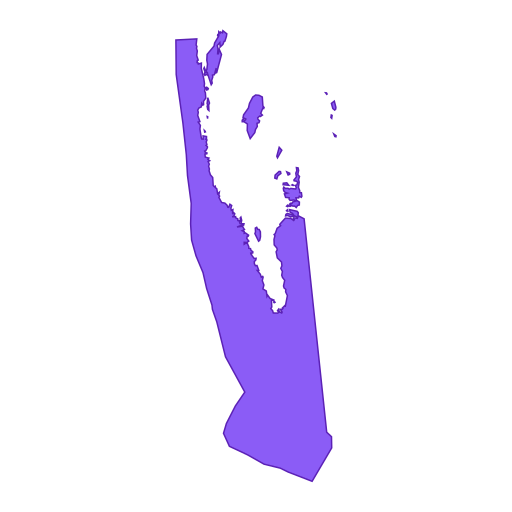 outline of Teluk Wondama, Papua Barat, Indonesia
{"feature_id": "22746128B47515282892276", "entity_name": "Teluk Wondama", "entity_type": "district", "adm_level": 2, "iso_a3": "IDN", "parent_name": "Indonesia", "parent_adm1": "Papua Barat", "projection": "natural_earth1", "projection_center": [134.34, -2.638], "detail": "fine", "context": "isolated", "style": "filled", "palette": "violet", "viewbox_px": 512, "rotation_deg": 0, "n_neighbors": 0, "source": "geoboundaries", "source_scale": "gbopen_adm2", "svg_char_len": 6052}
<svg xmlns="http://www.w3.org/2000/svg" viewBox="0 0 512 512"><path d="M312.1,481.3L331.7,447.9L331.5,436.7L326.7,432.2L304.1,218.8L298.0,215.6L298.3,212.7L297.2,211.3L289.5,209.6L290.2,212.2L292.4,213.3L293.9,215.3L287.4,213.4L285.9,214.4L285.6,215.9L287.7,215.5L290.5,216.8L295.0,216.1L297.8,217.2L297.4,218.4L293.8,217.8L293.1,218.9L294.3,219.7L293.7,220.5L290.9,218.5L285.4,218.1L280.1,223.9L279.8,224.7L280.6,225.7L277.1,228.3L275.2,233.7L274.1,234.5L274.9,235.8L274.0,239.4L274.2,244.9L276.9,248.1L277.2,249.9L276.1,251.8L277.3,257.9L281.5,262.0L281.9,265.8L280.8,268.4L282.4,271.5L281.7,275.2L282.5,277.5L284.7,280.3L283.5,286.0L284.1,288.0L285.8,289.4L285.6,291.8L287.4,295.6L285.2,306.9L284.8,305.6L282.4,308.0L282.9,308.6L282.1,309.4L280.3,309.3L282.1,312.1L281.7,313.0L279.6,311.9L277.6,313.1L273.3,313.0L272.6,310.6L270.8,308.6L271.8,307.0L271.4,300.7L271.8,299.8L272.9,300.4L273.5,299.9L270.1,298.5L267.6,295.1L267.0,296.3L266.3,291.0L262.9,288.9L263.9,285.0L262.3,280.7L263.1,277.1L262.7,276.4L261.3,277.2L260.3,274.2L257.2,270.4L258.8,270.4L257.0,265.5L255.4,265.7L254.4,263.8L254.3,261.6L255.8,260.0L256.1,258.3L254.2,258.5L251.4,254.8L251.6,254.1L250.8,253.8L250.7,253.1L252.8,252.8L252.8,251.7L251.0,250.4L250.5,248.6L248.8,248.3L248.8,246.6L247.4,243.5L245.7,243.2L244.2,244.2L244.2,242.3L247.0,242.5L248.8,241.1L246.8,238.5L247.2,236.2L248.1,236.3L248.6,235.2L245.4,232.9L244.2,233.3L244.3,231.7L242.2,230.7L244.5,229.6L242.4,226.3L237.0,227.0L243.0,224.7L243.6,225.2L244.0,223.8L240.0,223.6L239.1,220.7L237.8,220.5L237.8,218.9L235.6,217.7L235.6,216.6L232.2,216.8L233.8,216.1L234.8,213.8L233.7,212.6L232.9,213.6L232.5,213.1L232.9,209.6L231.3,210.4L230.9,208.1L231.7,205.5L229.9,204.2L228.7,207.3L227.9,207.3L227.0,205.1L224.9,203.1L221.6,202.5L218.9,197.4L219.6,196.1L218.8,195.2L219.3,192.3L217.6,193.8L216.8,188.8L215.6,187.8L215.2,186.2L214.5,186.8L213.2,185.5L212.7,177.5L210.4,174.8L209.1,170.8L209.4,169.0L208.6,166.2L209.3,164.2L208.1,161.5L209.7,160.7L207.9,159.4L208.9,158.1L205.3,157.1L204.9,154.1L206.8,153.8L207.0,153.0L205.4,152.5L204.7,151.1L205.8,150.7L207.4,147.7L207.4,146.6L206.0,145.4L206.9,144.6L206.2,142.0L207.0,140.0L205.8,139.2L206.5,138.6L206.5,136.5L203.1,135.9L203.2,139.1L201.8,139.1L201.4,138.3L199.9,129.0L200.4,125.4L198.2,122.1L199.9,121.6L197.7,115.4L198.3,112.3L197.7,110.1L198.9,108.0L201.3,106.9L201.7,103.4L202.8,105.1L203.6,104.7L203.5,101.3L205.8,98.1L205.4,92.7L204.6,91.1L205.0,88.6L206.4,88.8L206.7,90.0L207.9,89.6L208.3,88.5L206.7,87.2L205.0,87.9L204.2,86.2L204.5,83.6L203.8,78.9L201.3,68.4L201.4,63.1L198.3,64.0L198.1,62.9L197.1,62.6L197.3,60.5L198.2,60.1L196.7,55.6L197.3,51.0L196.5,48.3L196.9,46.4L196.1,45.0L196.8,38.9L175.9,40.0L176.2,74.5L182.9,123.0L186.3,154.6L187.5,175.6L191.2,203.4L190.6,223.9L191.6,240.1L196.0,255.8L203.0,272.6L206.6,288.4L212.0,305.2L212.4,309.3L216.8,321.9L225.5,356.8L244.8,392.1L235.4,405.9L226.4,423.5L223.5,433.3L229.4,446.3L247.5,454.8L264.1,464.2L280.1,468.1L288.3,472.1L312.1,481.3ZM264.1,107.5L262.9,105.9L262.3,97.0L259.0,95.3L255.6,95.0L252.8,97.0L249.5,103.3L248.4,108.0L243.6,114.8L243.0,117.7L245.8,118.9L245.7,119.6L244.6,120.6L243.1,119.2L242.2,120.2L242.2,121.7L244.0,121.7L247.4,124.0L247.2,130.5L250.2,138.6L254.8,132.6L255.5,129.5L257.3,126.5L257.0,123.3L259.0,122.7L259.6,120.9L257.9,119.2L257.7,117.8L259.6,116.1L260.4,116.5L262.4,115.1L260.7,113.4L262.9,107.9L263.7,108.5L264.1,107.5ZM226.8,33.8L222.9,30.7L222.5,32.8L220.6,32.0L220.2,33.0L218.8,31.7L218.8,35.8L214.6,43.0L214.0,46.1L207.1,54.4L206.8,60.2L207.5,64.0L206.8,69.7L205.9,71.1L207.0,72.3L204.7,72.8L204.3,74.1L204.9,75.4L206.3,74.4L207.1,74.9L207.6,73.8L211.2,84.7L212.2,83.1L211.7,80.4L212.8,76.9L212.5,75.1L214.4,74.7L216.2,68.0L215.5,72.1L215.7,73.0L216.7,72.6L221.5,54.5L219.3,49.5L218.4,53.8L217.6,53.8L218.0,48.9L217.3,45.5L219.8,42.6L220.2,47.0L222.9,44.4L224.1,41.4L224.9,41.2L226.4,36.5L226.8,33.8ZM298.4,187.4L299.2,182.2L298.6,179.5L299.5,176.5L297.8,174.5L298.6,170.4L298.1,167.9L296.4,167.6L296.8,170.6L295.8,173.2L296.4,176.9L293.9,180.0L294.1,180.8L296.8,181.3L297.6,182.5L296.9,184.9L295.3,185.4L296.3,187.6L295.7,189.0L290.8,188.4L289.2,189.1L288.0,188.3L285.3,188.4L283.8,187.1L283.3,188.3L283.7,190.8L285.2,192.5L287.3,193.1L284.4,193.9L285.6,197.4L289.2,197.8L289.1,199.2L290.1,200.4L293.9,200.0L296.1,201.0L292.7,202.0L292.0,203.3L290.4,203.3L289.6,204.2L292.8,206.1L294.7,206.1L296.2,207.5L297.6,205.4L299.3,205.0L299.4,202.1L296.5,200.2L296.0,197.8L298.7,197.9L299.3,196.2L301.3,197.3L301.9,196.2L301.4,192.7L299.7,192.6L299.7,190.5L298.4,187.4ZM257.7,229.3L256.7,227.3L255.3,228.1L255.5,231.9L254.9,233.6L258.6,241.2L259.7,240.3L260.5,236.8L260.4,231.8L259.2,229.5L257.7,229.3ZM334.7,110.1L335.7,109.1L335.9,107.3L334.3,101.1L331.4,103.4L332.8,108.5L334.7,110.1ZM276.8,178.9L277.8,175.8L280.9,173.5L280.5,171.6L279.1,171.4L275.1,175.1L274.8,178.1L276.8,178.9ZM277.5,157.8L281.8,150.2L279.2,147.3L276.8,156.2L277.5,157.8ZM209.5,103.1L207.8,97.7L207.1,103.5L207.8,105.4L207.1,106.1L207.7,109.4L208.9,110.5L208.7,104.9L209.5,103.1ZM286.8,182.8L283.3,183.2L283.1,184.7L288.8,185.3L286.8,182.8ZM288.1,175.0L289.7,174.3L289.7,173.2L286.8,171.9L288.1,175.0ZM241.3,222.2L241.7,220.4L240.9,217.1L240.2,217.9L240.5,220.9L241.3,222.2ZM331.7,118.3L332.1,115.4L331.3,115.0L330.9,117.5L331.7,118.3ZM335.9,136.8L336.1,135.7L333.8,134.0L334.8,136.5L335.9,136.8ZM204.7,71.1L205.2,69.8L204.3,67.5L203.8,68.6L204.7,71.1ZM279.2,311.1L278.5,309.3L277.5,310.7L278.5,311.8L279.2,311.1ZM287.6,205.1L286.6,206.2L287.7,206.7L288.8,205.9L287.6,205.1ZM287.9,211.1L287.4,209.8L286.5,210.7L287.0,211.1L287.9,211.1ZM327.1,94.0L326.5,92.9L325.6,92.8L326.7,94.3L327.1,94.0ZM218.1,36.2L218.2,34.5L217.8,34.5L217.6,35.6L218.1,36.2ZM275.0,302.3L274.2,301.2L273.7,302.1L274.2,302.7L275.0,302.3ZM205.4,131.9L205.2,131.3L204.4,130.5L204.7,132.1L205.4,131.9ZM207.6,118.6L207.7,116.7L207.2,116.5L207.6,118.6ZM293.6,185.3L292.5,184.6L291.9,185.0L293.1,185.5L293.6,185.3ZM290.9,206.0L289.8,205.8L289.5,206.2L290.0,206.4L290.9,206.0Z" fill="#8b5cf6" stroke="#5b21b6" stroke-width="1.5"/></svg>